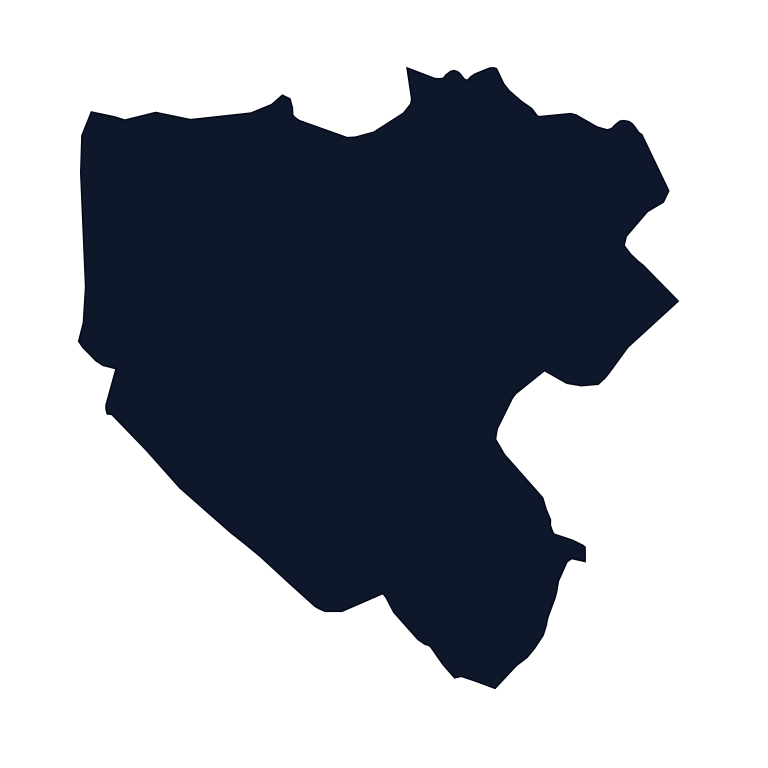 map outline of Drenthe (Albers equal-area conic projection), rotated 175°
{"feature_id": "NLD-894", "entity_name": "Drenthe", "entity_type": "Province", "adm_level": 1, "iso_a3": "NLD", "parent_name": "Netherlands", "parent_adm1": "", "projection": "albers", "projection_center": [6.524, 52.908], "detail": "fine", "context": "isolated", "style": "filled", "palette": "ink", "viewbox_px": 768, "rotation_deg": 175, "n_neighbors": 0, "source": "natural_earth", "source_scale": "10m", "svg_char_len": 1853}
<svg xmlns="http://www.w3.org/2000/svg" viewBox="0 0 768 768"><g transform="rotate(175 384 384)"><path d="M684.5,453.0L678.1,471.3L672.8,506.7L667.7,620.6L663.3,657.8L651.8,680.5L628.9,673.5L619.2,669.5L587.7,674.4L553.7,664.2L492.9,665.5L471.5,672.2L460.0,680.6L459.6,680.3L452.8,676.2L451.2,667.4L451.5,659.7L449.1,656.8L445.4,653.8L399.2,632.6L390.8,632.4L372.1,635.8L341.0,652.1L333.0,660.6L331.6,665.5L333.5,696.9L307.0,684.0L303.1,683.3L298.3,683.3L295.5,686.4L290.3,689.7L286.6,690.1L283.2,688.5L280.7,685.8L277.7,681.0L275.7,679.7L274.2,679.4L270.8,682.4L266.3,684.9L251.3,689.5L247.0,689.4L244.5,688.3L243.8,686.6L238.6,672.6L233.5,664.9L222.4,653.5L212.7,645.4L207.7,637.3L205.3,636.8L174.4,637.1L169.1,635.2L149.4,621.5L139.3,617.6L134.8,618.7L131.1,622.0L126.0,625.3L122.2,625.5L117.1,624.1L114.4,621.9L112.8,620.0L108.4,612.4L105.4,609.9L83.5,551.6L89.8,540.9L106.6,532.8L129.8,510.0L132.8,501.0L127.0,491.8L120.3,484.2L115.5,479.7L83.7,440.9L137.8,399.5L159.2,375.0L163.6,370.5L170.6,365.1L187.5,365.1L201.8,368.8L223.0,383.4L253.5,363.0L257.4,358.7L275.0,329.8L276.6,323.9L277.7,319.2L270.1,303.1L235.8,256.7L233.4,244.9L230.0,234.4L230.6,228.6L229.1,222.7L227.7,219.6L209.8,211.9L199.9,205.9L197.9,203.9L199.1,189.6L212.2,193.8L217.2,190.9L227.5,172.4L230.2,161.8L232.7,155.0L240.7,138.2L242.6,132.7L243.1,130.2L247.3,119.9L256.9,107.8L265.3,99.2L276.9,91.8L299.9,71.1L320.8,81.0L332.4,86.0L339.3,85.1L350.0,99.9L360.4,118.1L362.3,119.8L365.7,121.0L372.4,126.5L394.0,155.5L400.8,171.7L402.0,173.3L403.1,175.4L406.6,174.3L445.7,161.2L462.6,162.7L468.6,166.0L472.2,168.6L494.5,192.5L522.4,223.1L537.5,237.9L549.6,249.3L571.8,272.5L596.5,298.4L626.4,338.6L657.8,377.4L662.3,378.4L663.1,382.9L662.8,387.1L649.6,422.6L662.3,427.0L669.0,432.3L680.7,446.6L684.2,452.6L684.5,453.0Z" fill="#0f172a" stroke="#020617" stroke-width="1.5"/></g></svg>